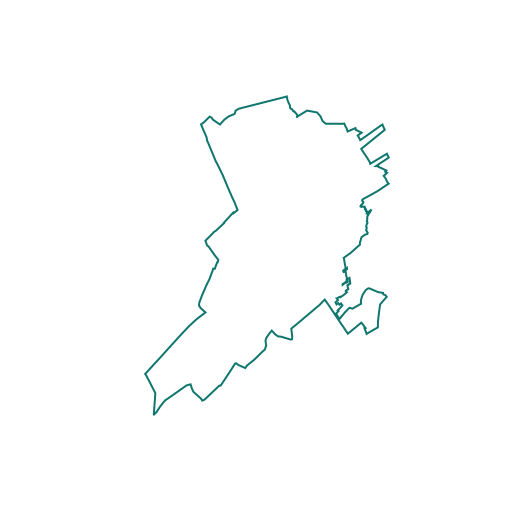 the district of Limbaži, Limbaži, Latvia, rotated 138°
{"feature_id": "27541924B93215456258482", "entity_name": "Limbaži", "entity_type": "district", "adm_level": 2, "iso_a3": "LVA", "parent_name": "Latvia", "parent_adm1": "Limbaži", "projection": "equal_earth", "projection_center": [24.717, 57.51], "detail": "fine", "context": "isolated", "style": "outline", "palette": "teal", "viewbox_px": 512, "rotation_deg": 138, "n_neighbors": 0, "source": "geoboundaries", "source_scale": "gbopen_adm2", "svg_char_len": 5856}
<svg xmlns="http://www.w3.org/2000/svg" viewBox="0 0 512 512"><g transform="rotate(138 256 256)"><path d="M298.2,189.4L294.2,190.0L294.2,185.2L294.0,184.2L293.7,182.9L293.5,181.7L291.1,178.9L290.4,177.7L286.0,170.5L284.9,170.1L282.8,172.1L282.2,173.0L280.7,175.1L280.3,175.7L278.4,178.4L275.8,178.3L273.7,178.2L271.8,178.1L266.0,177.9L263.9,177.8L261.5,177.8L259.6,177.7L257.6,177.6L255.7,177.6L253.3,177.5L250.2,177.4L248.0,177.4L243.6,177.2L241.5,177.1L240.2,177.2L239.6,177.2L237.6,177.4L234.1,177.6L234.9,170.5L236.4,160.5L237.7,151.0L238.1,148.9L238.5,145.2L239.4,139.1L239.6,137.3L239.7,136.8L238.2,136.8L238.1,136.7L222.3,136.0L222.3,135.4L222.8,129.2L223.7,129.7L224.2,128.4L224.4,127.9L225.5,125.0L225.9,124.1L225.6,124.1L224.6,123.9L213.2,121.4L209.0,125.9L201.6,132.4L196.1,137.0L186.2,138.2L186.0,139.9L186.1,140.5L187.0,142.2L186.8,143.0L186.5,143.4L186.3,143.6L189.4,147.4L192.9,155.0L193.5,156.3L194.8,157.0L197.4,157.2L202.2,156.0L205.5,154.3L207.9,152.6L209.4,150.9L209.8,150.2L219.6,152.3L221.0,154.8L222.4,155.0L228.4,154.5L231.6,154.0L233.7,153.9L233.8,153.6L236.2,153.4L235.7,156.7L235.0,159.7L233.2,159.7L231.7,159.8L231.8,160.6L231.8,160.9L229.4,161.1L228.8,161.0L226.8,161.2L224.8,161.5L224.8,162.6L224.6,163.9L226.6,164.0L226.5,164.7L226.5,166.0L228.5,166.1L227.9,168.4L226.9,168.4L225.7,168.3L224.6,168.3L224.4,170.5L223.8,170.1L222.3,170.0L221.0,169.6L221.1,169.0L219.6,168.7L219.4,168.7L217.4,168.4L217.0,168.4L215.0,168.3L212.7,168.2L212.8,169.9L211.8,170.1L209.7,169.6L208.9,170.8L208.5,171.7L208.1,172.4L207.6,173.1L206.7,172.9L205.6,172.8L205.7,172.6L204.4,172.4L201.2,177.1L203.7,177.8L205.1,175.4L206.8,175.7L207.3,176.4L206.1,176.1L204.3,178.0L203.3,178.6L202.1,181.0L201.0,182.7L199.6,184.6L200.9,185.0L201.6,185.4L201.1,186.7L199.9,186.7L200.3,186.0L198.8,185.7L197.2,185.3L196.4,186.3L197.8,186.5L195.9,189.6L194.1,192.5L192.0,195.9L185.4,195.2L184.8,195.0L171.1,194.9L170.7,195.4L170.0,196.3L168.9,197.0L167.4,197.8L166.2,198.7L165.1,199.3L163.1,199.2L160.4,198.8L158.6,197.8L157.4,198.6L157.3,199.7L157.0,200.2L157.0,201.3L156.0,202.1L155.0,202.7L154.7,203.1L154.5,204.1L153.0,205.1L152.3,205.7L151.5,205.8L151.0,206.0L150.6,206.8L150.5,207.6L149.9,208.1L149.4,208.2L148.9,208.6L148.5,209.2L148.3,209.6L147.7,209.9L146.8,210.9L146.4,211.1L145.5,211.2L145.1,211.7L145.1,212.7L145.3,213.7L144.7,214.1L144.2,214.2L143.6,214.1L143.2,213.6L143.6,213.4L144.4,212.9L144.4,212.6L144.1,212.0L143.6,211.8L143.1,212.0L143.4,212.5L143.0,212.6L142.3,212.3L141.7,212.4L140.6,212.8L139.1,213.4L142.5,213.3L143.5,214.3L143.7,215.2L144.1,215.7L143.8,216.0L144.0,216.4L143.2,217.0L143.7,217.5L143.7,218.1L142.8,218.6L142.9,219.4L142.3,220.0L143.3,220.7L143.9,221.8L144.9,222.0L145.2,222.9L144.2,223.5L141.3,223.5L140.1,224.3L140.3,225.5L139.9,225.8L139.8,226.4L139.0,226.7L137.7,226.5L127.6,224.1L122.3,222.9L109.0,221.0L109.0,222.8L107.7,227.3L107.5,230.1L102.9,230.2L103.6,232.2L101.9,232.4L102.5,233.7L103.9,237.1L105.3,240.1L105.0,240.8L106.7,242.5L103.4,242.1L92.2,240.4L91.5,240.3L90.4,244.2L90.3,244.4L90.8,244.5L109.4,248.1L108.7,249.4L108.1,252.3L107.4,256.5L107.1,258.8L106.6,262.3L106.1,265.2L91.0,264.4L75.9,263.6L74.2,268.9L74.1,269.1L76.4,269.5L81.8,270.1L86.3,270.6L92.6,271.3L98.9,272.1L101.0,272.4L100.8,273.0L100.2,275.4L99.9,276.5L99.6,276.8L99.8,276.9L99.7,277.5L95.0,277.0L96.8,281.5L97.0,282.0L97.4,282.9L96.5,284.5L103.1,286.7L104.6,287.2L103.3,290.1L103.2,290.6L102.7,292.8L101.8,295.3L104.1,297.1L108.4,301.1L115.7,307.7L116.2,311.8L114.6,316.7L114.6,321.8L119.2,327.9L119.3,327.9L120.8,329.9L129.4,331.5L129.8,331.6L132.5,331.9L132.5,332.0L131.5,332.5L131.1,333.2L131.0,333.7L130.9,334.1L130.8,336.2L130.9,336.9L130.8,337.7L131.1,337.7L131.4,338.6L131.1,340.4L131.1,341.5L131.6,342.2L131.6,343.0L131.4,343.5L130.3,344.8L130.0,345.4L129.8,346.1L129.7,346.5L129.3,347.9L129.0,348.8L128.7,349.5L128.5,350.2L128.1,351.2L127.6,352.1L127.0,352.6L126.6,353.6L126.4,354.0L126.8,354.1L170.3,377.0L171.5,377.2L174.0,377.6L176.7,375.9L182.8,378.0L188.3,378.5L192.3,378.1L194.8,377.8L196.8,386.2L196.6,387.4L196.4,388.3L197.2,390.6L205.0,390.2L208.8,390.6L213.4,377.1L215.0,374.7L216.1,371.4L220.2,359.8L222.7,352.8L222.8,351.7L226.5,338.7L231.3,325.0L234.3,316.0L235.4,312.4L235.8,310.8L238.2,304.5L238.4,303.8L238.9,302.5L244.1,302.8L243.9,303.5L256.5,302.3L257.7,302.2L257.8,301.8L268.8,301.6L270.4,301.9L270.7,302.0L275.6,301.6L283.4,301.2L284.2,299.2L285.3,296.5L284.9,294.9L286.1,284.7L286.3,282.4L286.4,280.8L286.5,278.6L286.6,278.3L288.1,277.4L288.9,276.9L289.2,277.1L289.3,277.2L294.0,274.7L295.2,274.1L295.9,274.7L296.3,275.2L296.6,274.9L297.0,274.7L306.0,270.0L312.8,267.3L316.6,265.5L322.0,263.1L329.5,259.2L331.6,257.2L331.8,255.4L331.9,254.8L332.0,254.4L331.3,247.9L338.6,248.5L340.7,248.7L345.4,248.8L351.0,248.7L354.8,248.5L357.2,248.3L361.5,248.0L368.7,247.3L384.0,245.8L384.5,245.7L393.4,244.8L398.3,244.3L404.2,243.8L413.8,242.8L417.3,242.5L417.4,241.1L417.5,240.6L417.9,239.2L418.3,237.7L418.6,236.4L419.3,233.6L420.1,230.8L420.8,228.1L421.7,224.7L422.6,221.4L430.3,214.0L437.9,206.7L437.9,206.4L437.7,206.4L437.2,206.4L435.8,206.5L434.4,206.6L431.8,207.3L428.2,208.2L425.5,208.7L423.4,209.1L422.4,209.2L421.3,209.3L419.6,209.5L419.5,209.4L406.8,207.8L394.2,206.3L390.5,204.4L392.3,200.5L393.4,197.0L392.3,186.6L392.7,184.5L390.6,183.7L370.2,184.2L369.6,183.6L368.9,183.4L368.6,183.7L367.9,183.6L353.2,187.4L351.7,187.8L345.5,189.5L345.0,189.6L344.1,189.9L343.4,190.0L342.7,189.7L342.4,189.3L342.4,189.1L342.3,188.0L341.7,186.1L340.4,183.1L338.9,179.9L338.5,180.0L337.5,180.2L336.7,180.4L335.8,180.6L331.3,180.4L326.6,180.1L318.0,180.5L315.1,180.6L312.0,180.6L310.9,181.2L308.4,182.6L308.2,182.9L307.5,184.0L305.4,186.9L302.9,188.3L302.5,188.4L301.2,188.7L298.2,189.4ZM207.3,176.4L210.9,176.6L210.5,177.1L209.5,177.0L207.2,176.7L207.3,176.4Z" fill="none" stroke="#0f766e" stroke-width="2"/></g></svg>